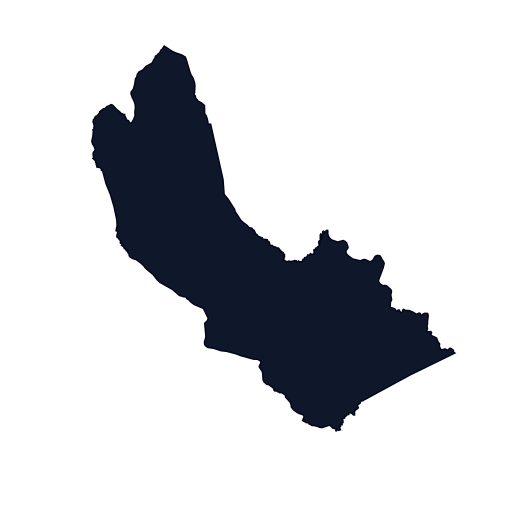 Kaoh Nheaek, Môndól Kiri, Cambodia, rotated 42°
{"feature_id": "14789045B36010441751176", "entity_name": "Kaoh Nheaek", "entity_type": "district", "adm_level": 2, "iso_a3": "KHM", "parent_name": "Cambodia", "parent_adm1": "Môndól Kiri", "projection": "albers", "projection_center": [106.949, 13.127], "detail": "fine", "context": "isolated", "style": "filled", "palette": "ink", "viewbox_px": 512, "rotation_deg": 42, "n_neighbors": 0, "source": "geoboundaries", "source_scale": "gbopen_adm2", "svg_char_len": 6067}
<svg xmlns="http://www.w3.org/2000/svg" viewBox="0 0 512 512"><g transform="rotate(42 256 256)"><path d="M135.1,330.9L136.1,330.4L136.5,329.7L136.8,329.8L139.1,334.2L140.4,335.1L141.0,334.5L143.2,335.2L144.4,335.2L145.8,335.8L146.2,336.9L146.9,337.2L147.9,336.6L148.2,337.0L149.0,337.0L148.9,336.4L149.3,336.3L150.2,336.9L149.5,337.9L151.3,337.6L153.1,338.5L153.9,338.0L154.1,338.3L155.1,338.6L156.4,337.6L156.7,338.6L157.3,337.9L158.5,339.2L160.6,339.5L161.6,340.7L163.3,340.9L166.1,340.4L169.4,338.8L174.8,338.3L180.2,338.4L180.5,338.7L183.6,339.0L191.8,338.6L198.8,339.8L202.1,339.9L216.5,336.7L225.3,336.6L229.3,334.8L231.2,333.3L233.3,333.9L235.2,333.5L237.9,333.8L242.5,333.4L252.0,330.1L262.2,334.3L263.2,336.6L262.9,340.3L272.5,349.2L273.7,351.1L275.1,354.2L276.8,355.9L278.2,356.5L281.4,356.2L286.3,352.9L293.3,349.8L298.1,346.4L306.3,342.2L311.2,340.3L323.2,334.3L326.3,331.7L328.9,331.1L330.0,331.2L331.3,332.3L331.8,334.7L332.4,336.0L333.0,336.4L338.0,337.6L339.7,338.9L344.0,343.2L346.0,344.1L349.6,344.2L351.6,343.1L356.5,342.5L357.2,342.5L359.2,343.6L360.3,343.7L361.6,342.4L363.0,342.4L363.6,341.9L365.2,341.7L366.1,340.4L371.4,339.7L372.2,341.0L379.2,341.8L381.9,343.2L383.2,344.5L386.6,345.2L391.6,344.7L394.2,343.9L396.7,342.6L398.1,342.7L398.9,343.0L399.5,343.8L400.7,347.1L405.4,345.9L406.7,344.6L408.0,345.3L409.6,344.6L410.4,344.7L411.9,343.9L412.6,342.7L413.7,342.7L415.3,341.5L417.3,341.0L419.9,339.4L423.9,332.3L428.5,332.5L430.8,331.0L431.6,331.4L432.1,332.4L432.5,332.4L432.8,332.1L432.5,331.5L432.9,330.4L434.0,330.3L435.0,328.6L433.4,327.9L432.7,327.1L432.8,326.2L431.9,326.1L431.8,325.0L432.9,323.9L432.8,323.7L431.8,323.7L432.1,321.5L430.2,319.7L429.5,319.7L429.1,318.9L429.4,318.5L429.1,317.7L430.2,317.2L429.4,315.8L430.0,315.2L429.7,314.6L429.9,313.1L431.0,311.7L429.9,310.5L430.2,309.8L432.7,308.8L434.8,308.9L435.6,308.1L433.5,306.0L433.1,304.7L432.9,303.7L433.5,302.1L433.6,300.3L431.1,299.1L431.8,295.8L431.2,294.0L431.3,292.7L432.4,292.0L432.3,290.7L432.8,290.2L450.2,241.0L468.7,195.1L467.3,195.4L466.1,194.2L465.3,194.0L462.5,194.3L461.6,195.2L461.8,196.8L461.4,197.7L458.6,198.6L457.0,201.3L455.8,201.8L452.6,200.4L451.3,198.5L448.4,197.9L444.9,196.1L439.5,197.8L438.6,197.4L437.7,195.4L436.5,195.2L434.3,197.3L433.4,197.5L432.7,197.0L432.0,195.1L429.9,193.7L429.1,192.0L426.8,189.3L424.0,185.2L422.3,184.0L421.6,184.1L419.6,185.9L419.0,187.4L418.8,189.8L418.2,189.9L417.4,189.1L416.1,188.9L415.1,189.7L414.6,191.3L414.1,191.9L409.6,192.9L406.4,194.0L403.1,196.7L401.4,196.9L401.2,197.6L402.3,200.3L402.0,201.1L401.1,201.2L398.6,200.3L397.8,201.1L397.8,202.7L397.2,203.0L394.3,202.4L390.1,204.3L386.9,200.6L386.0,197.7L382.2,194.8L380.5,191.8L379.4,191.0L378.0,190.7L373.2,190.8L371.5,191.6L370.3,193.0L367.4,193.7L364.0,193.0L363.0,191.5L358.6,180.2L356.3,175.8L354.2,174.7L352.8,174.6L348.9,173.1L347.8,173.0L345.8,174.3L344.9,176.0L344.8,176.9L345.6,180.4L345.5,181.9L344.9,183.4L344.0,184.2L339.7,185.5L338.4,186.5L336.7,189.8L329.9,193.5L324.2,194.1L321.5,193.8L319.3,192.1L319.1,189.2L318.5,187.8L314.5,185.6L312.2,185.6L310.5,186.1L307.3,191.0L301.6,193.4L299.1,193.5L296.3,192.7L294.0,191.0L292.7,189.4L292.0,189.0L291.1,190.2L291.4,190.8L292.2,191.3L292.4,191.9L291.5,192.3L289.7,192.3L289.4,192.8L289.4,193.5L291.0,195.1L291.1,195.8L289.3,196.4L289.6,197.0L291.3,196.8L292.1,197.8L292.0,198.4L290.9,198.0L290.4,198.3L291.5,199.2L292.1,200.2L293.4,200.1L292.9,202.4L293.3,203.7L294.8,205.0L295.0,204.1L295.5,205.1L296.2,205.6L295.6,208.5L295.9,208.9L295.1,210.3L296.8,212.2L295.6,211.7L294.9,212.4L295.3,213.2L296.8,214.3L297.5,216.3L296.1,217.7L295.0,217.7L294.9,218.4L295.8,218.5L295.8,219.0L294.7,220.1L293.8,220.5L294.4,222.3L293.9,224.0L293.2,224.7L293.5,225.5L294.1,225.7L294.2,226.1L294.0,226.8L293.2,227.1L294.1,229.1L292.3,231.2L290.9,231.3L291.0,232.3L290.4,233.1L289.2,232.6L287.4,233.8L287.3,235.1L286.2,235.7L285.8,237.2L284.7,237.2L283.4,238.2L283.2,239.3L282.4,239.6L282.5,239.9L282.0,240.4L280.1,240.0L279.7,240.0L279.5,240.5L278.5,240.4L278.1,239.3L278.3,238.4L277.7,238.2L277.7,237.5L277.3,237.2L276.4,237.2L276.6,236.2L276.3,235.9L275.2,235.9L273.7,235.3L272.2,235.7L271.8,236.3L271.0,235.7L270.9,236.4L270.3,236.5L270.1,235.8L269.3,235.3L267.6,235.1L267.1,235.1L266.2,236.1L264.5,236.3L262.0,237.5L260.9,237.4L261.0,237.9L259.1,238.6L256.6,236.8L255.2,237.2L253.5,236.4L252.3,237.0L251.9,237.7L249.6,238.9L249.0,238.9L248.5,238.4L248.1,238.9L246.8,238.9L246.1,239.4L243.8,239.9L242.7,239.5L240.8,239.7L237.5,238.2L236.0,238.5L234.3,238.1L231.7,239.6L228.9,239.2L223.4,239.7L220.7,239.6L210.6,236.9L209.0,235.7L197.0,232.4L192.0,231.7L190.7,231.2L180.4,221.3L134.1,188.4L132.7,189.6L131.6,189.6L129.0,187.4L125.6,185.3L122.6,184.6L117.0,178.6L113.2,178.7L108.8,179.7L108.0,179.3L105.7,179.1L103.6,177.6L102.3,177.5L101.5,176.9L101.1,175.8L96.9,170.6L94.5,168.4L90.0,165.9L86.5,164.9L84.0,163.6L72.0,156.3L70.3,155.5L66.2,156.3L60.0,159.0L56.5,160.0L47.3,161.4L47.9,165.2L47.6,166.9L48.5,169.0L48.1,171.4L48.2,173.3L47.5,174.8L48.7,176.7L48.6,178.3L49.7,181.8L49.0,184.4L47.4,188.4L47.4,193.5L45.9,197.6L46.3,200.6L47.4,202.3L48.0,205.1L50.8,209.3L52.8,213.1L53.3,214.7L53.4,217.2L54.3,218.9L58.2,221.1L61.9,222.5L64.3,223.9L67.0,226.3L69.7,230.1L72.3,232.7L73.7,236.4L74.5,240.2L73.8,241.4L71.5,241.2L70.7,240.7L69.2,241.5L64.5,239.5L63.7,238.8L63.4,239.4L61.5,239.7L60.4,240.3L58.6,240.1L54.4,240.3L48.6,239.8L47.0,240.4L46.0,243.4L45.2,244.6L45.2,247.4L44.1,248.8L43.3,253.1L44.1,255.0L44.1,257.8L43.4,259.7L43.8,261.6L44.3,262.2L44.0,263.3L45.2,265.5L46.0,265.6L47.4,266.8L48.4,267.1L49.2,268.4L49.6,268.4L49.7,269.2L50.6,269.7L50.3,271.1L51.9,272.5L54.7,276.2L57.2,280.6L59.8,282.2L61.7,282.6L65.5,284.5L65.8,287.7L66.5,289.0L69.3,291.5L69.7,292.2L69.6,292.6L72.9,292.6L74.1,293.5L74.4,293.3L74.4,293.7L75.0,293.6L75.3,294.2L75.9,294.2L76.0,294.9L77.1,294.9L77.4,295.7L78.1,296.2L78.4,296.3L78.5,295.9L79.3,295.7L80.8,294.7L82.5,294.7L83.8,295.7L85.0,295.3L96.2,302.6L106.7,307.7L117.9,314.6L128.5,322.4L132.5,326.4L135.1,330.9Z" fill="#0f172a" stroke="#020617" stroke-width="1.5"/></g></svg>